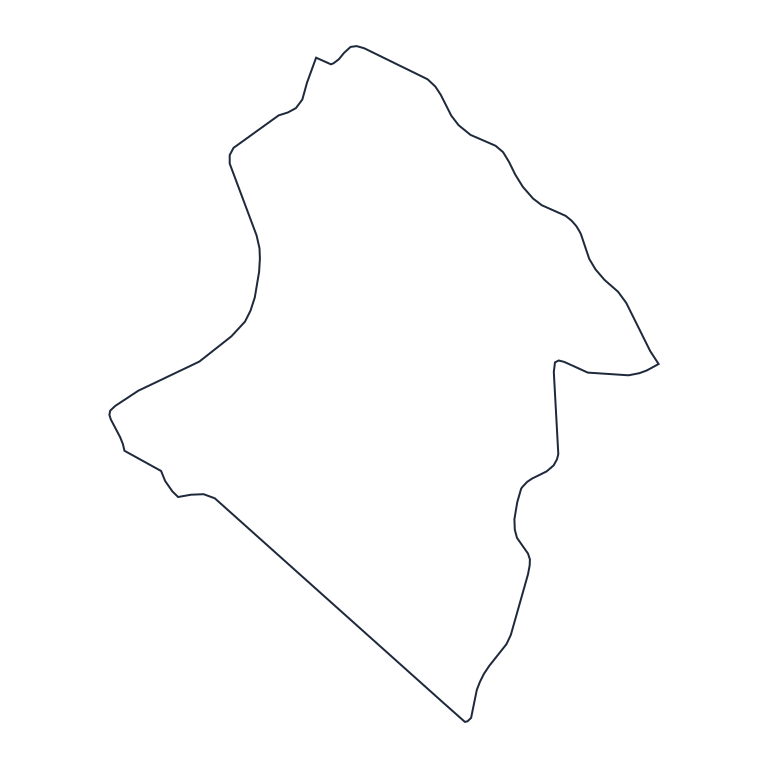 the border of Western Highlands
{"feature_id": "PNG-1247", "entity_name": "Western Highlands", "entity_type": "Province", "adm_level": 1, "iso_a3": "PNG", "parent_name": "Papua New Guinea", "parent_adm1": "", "projection": "equal_earth", "projection_center": [144.47, -5.822], "detail": "fine", "context": "isolated", "style": "outline", "palette": "slate", "viewbox_px": 768, "rotation_deg": 0, "n_neighbors": 0, "source": "natural_earth", "source_scale": "10m", "svg_char_len": 1313}
<svg xmlns="http://www.w3.org/2000/svg" viewBox="0 0 768 768"><path d="M356.7,46.1L364.3,48.3L427.6,79.3L435.3,86.5L440.8,94.9L451.3,115.7L458.6,125.2L470.5,134.9L495.6,145.8L503.1,152.2L509.0,161.9L515.2,174.5L522.8,186.8L533.0,198.5L541.7,205.2L565.7,215.9L571.7,220.8L576.4,226.2L579.3,231.0L580.9,234.1L589.2,258.8L595.5,269.4L604.5,279.9L618.1,291.8L626.3,303.0L650.2,351.1L658.6,364.0L646.7,370.5L639.3,373.2L628.5,375.3L587.8,372.6L564.2,361.9L558.7,360.5L555.0,362.4L553.8,371.9L558.3,454.1L557.0,459.3L553.7,465.3L546.6,471.4L532.2,478.5L527.1,481.9L522.0,487.4L521.1,488.8L517.3,502.0L514.4,519.2L514.8,529.7L517.0,537.9L528.0,553.6L529.9,559.4L529.7,565.3L528.0,574.3L510.8,635.0L506.5,644.1L489.3,665.8L484.0,673.7L480.0,681.7L476.8,689.9L471.1,717.9L467.5,721.3L464.9,721.9L442.9,702.4L214.8,498.3L203.6,494.2L191.1,494.7L178.1,497.0L172.4,491.4L165.2,481.1L161.1,471.0L124.5,450.8L122.9,444.1L120.2,437.3L110.8,419.4L109.4,414.9L110.2,410.7L115.1,406.0L138.3,390.7L199.3,361.6L231.3,336.4L245.0,321.6L250.5,310.7L254.8,297.4L259.1,271.8L259.9,258.5L259.5,248.3L256.6,235.5L229.7,163.6L229.7,155.1L233.5,147.9L278.6,115.4L287.8,112.5L295.9,108.1L302.3,99.6L307.0,82.7L316.1,57.7L330.9,64.3L333.5,63.3L339.0,59.1L344.1,52.8L350.6,46.9L356.7,46.1Z" fill="none" stroke="#1e293b" stroke-width="2"/></svg>